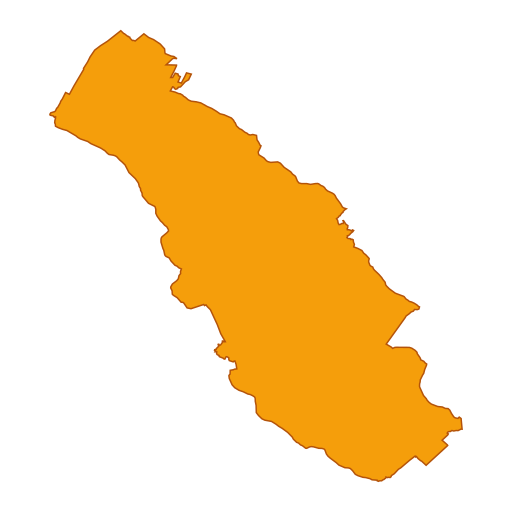 Dragotesti, Gorj, Romania (Natural Earth projection)
{"feature_id": "2599482B98369166749255", "entity_name": "Dragotesti", "entity_type": "district", "adm_level": 2, "iso_a3": "ROU", "parent_name": "Romania", "parent_adm1": "Gorj", "projection": "natural_earth1", "projection_center": [23.147, 44.809], "detail": "fine", "context": "isolated", "style": "filled", "palette": "amber", "viewbox_px": 512, "rotation_deg": 0, "n_neighbors": 0, "source": "geoboundaries", "source_scale": "gbopen_adm2", "svg_char_len": 6026}
<svg xmlns="http://www.w3.org/2000/svg" viewBox="0 0 512 512"><path d="M461.1,418.5L459.2,417.1L458.0,418.4L455.7,418.0L454.5,417.5L453.6,416.6L451.5,413.5L449.8,410.2L448.1,408.6L445.2,408.4L442.4,407.0L437.7,406.5L431.4,404.1L429.1,402.4L427.1,400.2L426.3,398.7L423.5,395.5L419.8,387.4L419.5,386.4L419.6,383.8L420.1,382.0L420.3,379.8L422.7,374.9L423.7,373.4L424.7,369.5L426.5,365.2L426.7,364.0L425.2,363.0L423.8,361.3L420.7,359.8L420.4,358.4L419.7,357.2L417.2,353.6L417.0,352.3L415.2,350.4L411.8,348.2L409.3,347.4L396.5,347.3L394.8,347.4L392.7,348.4L391.3,347.1L386.2,344.1L405.2,317.6L406.1,316.0L409.4,313.6L411.1,312.0L413.4,311.1L414.5,309.5L417.4,309.6L418.9,309.0L419.5,306.9L418.5,306.4L416.9,304.9L414.2,303.2L411.6,302.0L409.3,301.4L408.2,300.4L406.0,299.0L404.2,296.7L403.6,296.3L395.3,293.2L389.3,288.8L386.7,286.2L385.7,284.9L385.1,282.2L382.7,279.2L381.8,277.7L379.0,274.5L374.4,270.1L373.4,268.8L372.8,267.1L370.7,266.0L369.9,265.2L368.7,262.1L368.7,260.6L369.2,258.8L369.0,258.3L365.8,254.8L363.7,253.2L361.9,250.5L357.8,248.4L353.7,246.9L354.4,244.4L353.5,242.2L353.2,239.8L351.8,239.1L350.9,239.6L350.2,238.6L348.0,238.5L346.9,237.6L347.5,236.6L347.4,235.7L348.4,235.6L350.0,234.4L350.2,233.8L352.8,231.7L353.6,230.5L353.3,230.4L353.0,230.7L352.8,230.0L352.4,229.9L352.2,230.7L351.4,230.9L350.2,230.1L348.7,229.7L347.3,229.7L347.2,228.5L347.7,227.6L347.9,225.6L345.9,224.2L343.5,220.6L343.0,220.7L343.7,222.2L343.2,223.5L342.1,223.4L340.0,224.5L339.0,224.6L338.1,222.9L337.6,220.3L336.5,218.7L338.4,217.2L339.3,215.9L340.3,215.6L340.5,214.8L342.0,213.0L343.0,212.4L343.1,211.5L344.9,209.7L346.3,208.8L343.4,207.8L342.3,206.9L340.6,203.8L336.3,198.0L335.3,195.9L334.2,194.4L332.5,193.2L327.5,190.9L325.6,189.2L324.5,187.5L322.8,186.2L321.0,185.5L318.8,183.9L317.7,183.5L315.3,183.6L310.5,184.4L306.7,183.6L301.5,183.6L299.0,183.0L297.4,181.1L295.7,176.8L295.0,175.9L292.5,174.1L290.8,171.9L284.2,167.4L280.4,163.2L277.7,161.9L270.7,162.4L267.8,161.6L266.4,160.7L264.0,158.0L259.0,154.9L258.5,153.8L258.2,152.0L260.3,147.7L261.0,145.8L260.1,145.2L258.7,142.4L257.0,139.8L256.5,135.4L252.8,134.5L250.3,135.0L248.4,134.5L247.3,133.4L244.8,132.2L241.6,129.6L239.5,128.7L236.5,125.9L235.2,122.8L234.4,122.0L233.6,120.3L231.4,118.0L224.1,114.8L220.0,113.8L216.3,111.2L211.7,108.4L207.4,106.6L200.8,102.9L196.2,101.8L191.2,101.2L188.3,99.9L185.5,97.4L183.5,96.2L182.7,95.2L180.3,93.8L178.4,93.5L175.1,92.1L170.3,90.9L172.6,86.8L173.2,86.9L174.2,87.7L174.4,88.5L175.7,89.3L177.7,88.5L177.9,87.6L178.2,87.3L180.5,86.9L185.3,81.7L188.6,79.8L191.3,74.1L186.5,72.9L184.8,76.6L181.3,83.1L178.0,82.0L180.3,76.6L178.4,75.7L178.0,74.0L175.2,73.2L172.7,77.5L170.7,77.5L174.0,71.1L176.5,65.7L176.5,65.1L166.1,64.8L172.5,58.8L173.8,58.3L176.4,58.6L176.5,58.3L173.9,56.5L171.0,56.0L165.3,53.6L164.9,52.6L164.6,48.9L160.3,44.1L153.6,39.6L148.7,37.5L143.9,33.8L135.2,41.0L133.6,40.4L132.4,40.5L130.2,38.4L129.8,37.2L129.0,37.0L128.5,36.4L127.9,36.5L124.4,33.7L123.8,33.6L120.8,30.7L107.5,41.2L100.5,45.7L94.7,50.1L90.1,56.9L87.7,61.8L83.5,68.4L83.7,69.4L74.0,85.8L69.4,94.3L65.6,92.5L62.2,99.2L60.7,101.3L60.2,102.9L57.6,107.5L56.7,108.2L55.5,110.8L54.7,111.6L50.8,112.8L50.1,113.8L49.9,114.6L50.2,115.2L53.2,115.9L54.3,117.2L55.1,116.6L55.7,117.0L55.3,117.8L55.5,118.4L54.9,120.5L54.7,122.8L55.3,124.1L55.5,126.2L58.3,127.7L62.5,129.3L66.9,130.5L75.9,135.8L77.8,137.4L80.3,138.9L87.8,141.5L90.8,143.6L100.4,147.9L105.0,150.8L107.4,153.3L109.0,154.5L113.3,155.2L115.4,155.9L116.8,156.8L119.6,159.9L122.2,162.1L125.1,165.0L129.0,172.6L135.3,178.6L138.2,182.7L138.6,183.7L139.3,186.6L140.5,188.5L140.6,190.3L142.0,193.0L142.3,195.7L143.1,196.9L148.5,203.3L154.5,206.3L155.1,206.9L155.8,209.3L155.8,213.3L157.1,216.1L160.5,220.9L162.4,222.6L164.6,225.2L166.8,226.8L168.3,229.5L168.5,231.0L166.6,233.0L162.0,236.8L161.3,237.9L161.0,239.2L161.0,242.1L162.9,248.4L163.8,250.4L164.7,254.7L165.2,255.6L166.0,256.4L169.2,257.9L171.0,261.0L175.0,265.3L177.0,266.1L178.8,267.8L181.4,268.9L180.5,271.5L180.6,273.6L179.0,275.6L178.3,278.8L176.6,280.8L172.4,284.0L170.9,286.6L170.7,287.9L172.1,290.8L172.3,294.2L173.4,295.3L177.2,297.7L181.1,302.2L183.0,302.4L183.7,302.9L187.1,307.9L191.0,308.7L203.7,304.5L204.5,305.6L206.0,304.9L207.3,306.6L210.4,309.7L217.3,324.6L220.8,333.8L225.3,341.7L223.9,341.8L223.5,341.7L223.1,341.0L222.4,341.0L222.3,342.6L220.6,344.9L219.4,345.3L218.8,344.2L218.2,344.3L218.1,344.7L218.7,345.8L218.7,346.2L216.3,348.6L216.2,349.3L214.7,349.7L214.5,350.4L215.5,350.9L215.0,351.8L216.7,351.8L216.6,353.8L217.3,354.7L219.1,355.5L219.1,356.3L219.4,356.7L223.0,358.1L224.2,359.1L225.0,359.0L225.8,357.1L226.4,356.7L227.4,356.9L228.8,357.9L228.8,359.4L229.3,360.6L233.2,361.9L233.9,361.2L234.9,361.0L236.1,364.4L236.8,368.9L234.4,369.2L233.5,369.7L230.2,370.3L230.1,374.0L229.1,375.2L228.9,375.7L229.3,378.6L232.1,384.8L234.7,387.7L239.0,390.3L243.1,391.7L247.8,394.0L250.2,394.5L252.5,395.6L254.6,397.0L255.2,398.4L255.3,401.4L256.1,405.4L256.3,412.6L258.5,415.5L261.9,418.8L264.9,420.2L271.5,421.4L276.0,424.2L278.7,426.3L282.1,428.3L287.7,432.4L292.3,437.1L293.4,439.2L296.6,442.3L298.5,443.0L300.5,444.9L302.4,445.7L305.6,448.2L306.7,448.3L309.6,446.9L311.3,446.6L313.3,446.8L318.8,448.3L321.9,448.4L323.7,448.9L324.5,449.4L325.0,450.2L326.4,454.0L328.0,456.2L330.3,458.2L336.2,462.6L338.9,465.1L344.9,467.7L348.4,467.9L350.3,468.5L352.6,470.7L355.3,474.3L358.0,475.7L362.9,477.3L365.8,477.6L370.1,478.7L372.0,479.8L377.0,480.2L377.3,480.3L377.3,480.9L378.7,481.3L379.4,480.8L381.7,480.8L382.6,480.0L384.1,479.4L384.6,478.7L385.3,478.5L386.0,477.7L386.0,477.1L387.5,477.6L388.3,477.3L390.1,477.5L391.1,476.7L391.2,476.0L391.5,475.5L394.3,473.7L398.4,469.3L400.8,467.8L409.6,460.3L415.1,456.1L415.7,457.0L416.4,456.5L418.1,458.6L420.6,460.7L421.6,461.1L426.1,465.3L447.7,445.5L447.4,444.9L442.1,440.2L447.7,435.0L448.3,433.9L447.2,433.2L447.6,432.3L448.8,431.6L450.4,431.5L451.9,430.5L453.7,431.0L456.2,430.5L458.1,430.6L461.0,429.1L462.1,429.2L461.1,418.5Z" fill="#f59e0b" stroke="#b45309" stroke-width="1.5"/></svg>